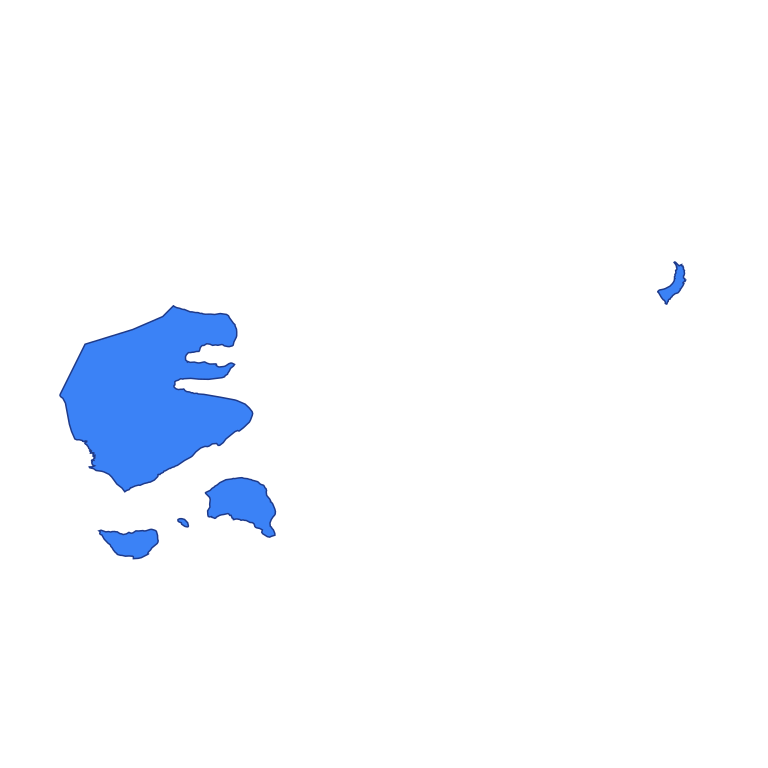 Buton Selatan, Sulawesi Tenggara, Indonesia, rotated 257°
{"feature_id": "22746128B94245100908076", "entity_name": "Buton Selatan", "entity_type": "district", "adm_level": 2, "iso_a3": "IDN", "parent_name": "Indonesia", "parent_adm1": "Sulawesi Tenggara", "projection": "equal_earth", "projection_center": [122.673, -5.852], "detail": "fine", "context": "isolated", "style": "filled", "palette": "blue", "viewbox_px": 768, "rotation_deg": 257, "n_neighbors": 0, "source": "geoboundaries", "source_scale": "gbopen_adm2", "svg_char_len": 6076}
<svg xmlns="http://www.w3.org/2000/svg" viewBox="0 0 768 768"><g transform="rotate(257 384 384)"><path d="M445.5,65.7L444.1,66.3L442.3,67.9L437.0,69.3L415.5,68.4L408.1,68.9L400.0,70.4L398.7,72.2L398.3,74.4L396.8,77.3L396.0,77.5L395.8,78.3L395.4,78.6L395.7,80.1L395.2,81.5L394.5,81.3L394.3,80.1L393.9,79.4L393.6,79.2L392.6,79.6L391.7,80.8L390.9,80.8L389.7,81.6L387.6,81.9L385.5,83.3L385.1,82.2L384.5,82.4L384.3,83.6L382.7,82.4L382.5,82.8L382.6,84.5L381.6,84.7L382.3,85.4L382.2,85.7L382.0,85.8L380.4,84.6L379.9,85.0L379.6,86.4L378.9,86.1L379.5,85.0L379.2,84.3L377.7,85.6L377.4,85.1L376.9,85.4L376.6,85.3L376.5,84.5L375.8,83.6L375.1,83.9L375.7,82.5L375.3,81.9L374.6,81.8L374.1,82.3L373.0,81.5L370.7,81.8L369.4,83.6L368.9,81.1L369.5,78.2L368.7,78.3L366.8,82.0L364.5,84.0L362.5,89.3L361.3,91.4L357.8,95.8L354.6,97.8L346.6,101.2L341.6,105.3L337.3,107.2L338.2,109.4L338.4,111.9L339.9,113.7L339.7,113.9L340.6,118.5L340.7,122.1L340.2,123.5L341.0,127.9L341.0,131.7L341.2,132.2L341.0,134.2L342.1,138.7L344.6,142.6L345.4,143.2L346.3,143.2L346.7,143.7L346.2,145.3L346.9,146.1L347.6,149.1L348.6,150.0L348.6,151.4L350.0,155.9L349.8,156.7L350.4,158.7L350.5,161.1L351.0,162.2L351.2,164.4L354.4,172.6L356.2,179.2L357.0,181.1L360.2,185.4L362.9,191.0L363.5,195.5L362.7,198.0L362.9,199.8L364.3,203.3L363.7,207.5L361.5,208.6L361.2,210.1L363.1,214.2L366.0,217.6L371.1,228.0L371.6,230.9L370.9,231.9L370.8,232.4L373.0,237.2L377.2,244.3L378.9,245.8L383.1,248.6L384.8,249.4L386.7,249.3L390.8,247.4L395.6,244.2L400.9,237.0L402.0,235.1L407.8,221.9L414.4,206.2L416.1,200.7L416.9,199.9L417.2,198.8L417.5,196.7L418.5,195.6L418.8,194.3L419.9,192.9L421.0,190.0L422.5,188.5L423.8,188.1L424.3,187.3L424.1,186.8L424.7,184.1L424.8,182.5L425.9,180.5L427.9,178.9L429.2,178.8L430.0,179.4L430.2,180.1L433.3,180.7L433.9,182.2L434.0,184.3L434.9,187.1L434.0,189.2L434.2,190.0L433.0,196.9L430.4,204.7L428.0,214.2L426.6,227.7L426.9,230.3L427.9,231.2L428.7,233.7L429.6,234.2L431.7,236.4L433.7,237.9L435.4,241.4L436.7,242.8L438.5,240.6L438.9,239.6L438.7,237.5L437.2,233.5L437.1,232.0L437.6,227.4L438.1,226.3L439.8,224.7L440.9,225.2L441.4,224.7L442.6,218.8L444.1,216.3L445.8,214.3L446.0,213.2L446.0,209.3L446.3,207.6L448.0,204.1L448.7,199.9L449.9,198.2L449.6,197.4L450.5,197.3L452.1,196.1L455.2,196.7L456.8,197.9L458.6,200.5L458.1,202.6L458.1,204.2L457.8,205.9L457.9,208.4L457.4,211.0L458.0,211.7L460.8,213.2L462.0,214.7L462.4,215.5L462.1,217.3L463.1,220.3L462.0,223.3L460.2,225.7L460.0,228.7L459.1,230.8L459.0,234.7L458.6,235.7L457.1,237.0L455.7,240.0L455.2,241.6L455.3,244.8L455.8,245.8L458.7,247.2L462.8,250.6L464.1,251.3L467.8,252.2L470.6,252.6L474.0,252.0L475.4,252.1L477.0,251.0L483.1,248.4L485.5,247.8L487.2,246.2L489.5,240.3L489.8,234.7L491.1,230.7L492.2,225.5L493.1,223.3L493.8,222.5L494.1,220.9L495.4,218.9L496.1,216.2L497.6,212.9L497.6,212.2L498.1,211.1L501.7,206.0L501.7,205.4L502.4,203.9L503.6,202.2L505.0,199.2L506.9,196.8L507.5,196.6L507.5,196.3L499.5,183.6L493.6,151.4L490.0,101.7L446.7,66.1L445.5,65.7ZM296.1,182.9L294.4,183.0L293.7,184.3L293.6,186.2L292.8,186.3L292.1,187.7L291.2,188.8L291.2,189.8L292.0,190.8L293.0,194.3L293.1,196.4L292.9,198.4L292.9,202.6L292.7,203.0L292.2,203.6L290.7,204.2L290.5,205.4L287.5,205.9L287.1,206.6L286.4,206.9L285.8,206.7L285.6,207.1L285.8,208.7L285.6,210.3L284.4,213.1L283.4,214.0L283.3,216.1L282.6,217.2L282.0,219.1L279.2,222.4L278.5,224.7L276.7,226.0L274.3,226.1L273.3,226.6L272.5,227.6L271.2,230.4L269.2,232.7L267.0,231.5L265.4,232.1L261.5,236.0L260.5,238.2L260.9,239.9L261.2,243.7L263.0,244.0L266.8,243.4L268.5,242.4L269.8,242.1L271.0,241.2L274.2,241.6L277.3,243.7L279.5,246.0L280.8,247.9L282.0,248.9L282.9,249.0L283.8,249.5L286.6,249.5L292.2,248.6L293.8,247.9L294.8,246.9L295.3,247.3L297.5,246.8L301.9,244.6L305.5,245.0L306.5,245.6L308.6,245.5L309.8,244.6L311.2,244.4L312.4,243.9L314.1,241.1L317.2,239.0L319.3,235.2L319.6,234.3L320.6,233.3L321.4,231.4L322.5,229.6L323.6,226.3L324.7,224.5L325.2,220.9L325.4,217.3L325.9,215.8L325.7,214.5L326.3,208.5L324.8,201.9L323.2,198.8L322.4,196.1L321.9,195.6L320.9,192.8L319.5,190.8L318.5,186.2L318.2,185.6L317.6,185.6L312.7,188.6L310.5,188.7L306.1,187.1L303.2,186.7L300.1,183.6L296.1,182.9ZM305.2,75.4L305.0,73.3L304.2,74.1L303.7,74.2L302.4,73.4L301.3,73.7L300.4,75.1L295.7,76.5L290.8,79.4L289.1,81.0L287.0,81.4L285.7,82.2L283.3,82.9L280.4,84.3L279.0,85.5L278.3,85.6L277.7,86.2L276.4,88.6L275.9,90.3L274.4,93.3L273.8,96.9L272.7,100.4L272.1,100.9L270.2,100.5L269.4,105.3L269.4,108.5L271.2,115.7L271.4,116.1L271.7,115.7L272.1,115.7L273.3,116.7L274.8,119.2L276.5,120.9L279.6,127.1L280.7,128.1L282.0,128.7L283.9,128.6L287.4,129.3L291.4,129.1L292.0,128.9L293.0,127.9L294.6,125.1L294.9,123.5L294.5,119.0L294.8,117.0L295.4,116.2L296.0,111.7L296.7,109.2L295.4,105.7L295.5,103.9L296.7,102.3L296.8,101.7L296.3,100.6L295.9,99.0L296.0,95.9L296.9,94.8L297.7,93.0L300.0,90.8L300.3,89.6L300.9,88.3L301.4,85.7L301.2,84.5L302.2,82.4L302.5,79.7L305.2,75.4ZM413.5,677.7L413.6,673.4L412.6,671.6L412.0,671.5L411.6,672.0L405.8,673.8L403.3,675.0L402.4,676.0L400.6,676.6L399.2,676.2L398.4,677.1L398.3,677.5L400.5,679.1L400.6,679.5L401.7,679.9L402.3,680.6L402.5,681.3L402.3,681.7L403.7,683.0L404.3,684.3L405.1,684.9L406.5,688.0L406.7,690.8L407.2,691.7L409.1,693.9L409.9,694.1L409.8,694.4L412.5,697.3L414.4,698.8L415.2,698.0L415.6,698.2L416.3,699.8L416.2,700.3L417.4,701.3L417.8,700.4L418.8,700.8L420.0,699.7L422.0,700.2L422.5,700.9L424.1,701.7L426.1,701.8L427.0,702.3L428.6,701.5L429.7,702.0L430.2,701.7L431.4,701.9L431.8,701.7L431.9,701.0L432.5,700.6L433.4,700.9L433.2,699.4L432.8,698.7L433.0,697.9L437.1,695.4L437.5,694.6L437.2,694.0L434.8,695.1L432.9,695.5L432.5,695.3L432.4,695.6L429.9,695.2L429.2,694.5L429.3,694.0L429.1,693.7L426.5,693.4L425.3,692.1L423.9,692.0L423.3,691.2L421.9,690.9L421.3,691.2L421.0,690.6L419.7,690.2L418.5,689.3L417.0,687.7L415.0,684.6L413.7,679.6L413.5,677.7ZM298.0,152.6L296.8,152.5L295.9,153.1L294.3,155.3L292.9,155.3L290.4,157.6L289.7,158.5L289.6,159.0L289.0,160.1L289.1,161.2L289.7,161.5L293.0,161.5L296.9,159.2L298.2,156.8L298.7,154.8L298.4,153.0L298.0,152.6Z" fill="#3b82f6" stroke="#1e3a8a" stroke-width="1.5"/></g></svg>